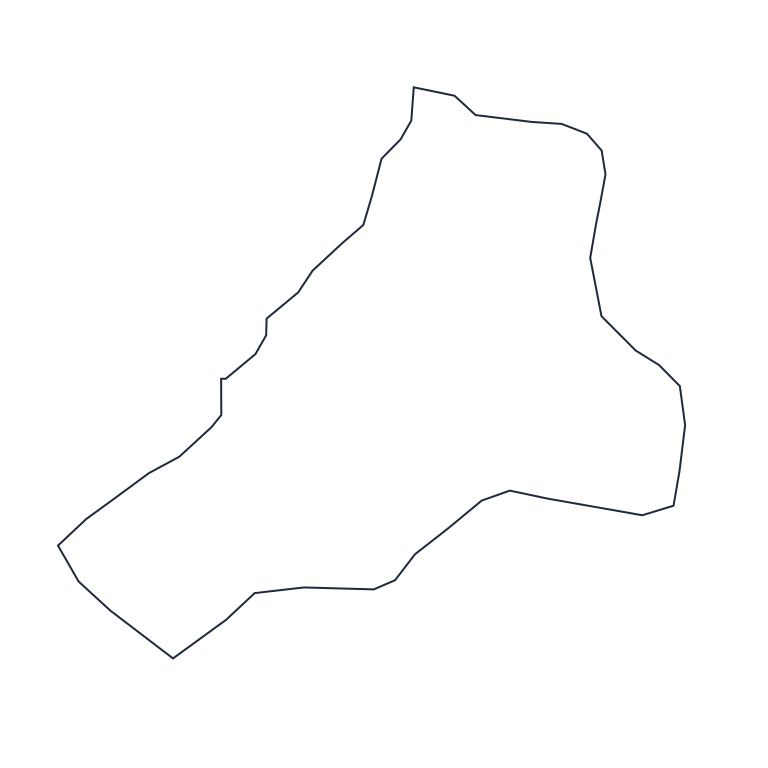 Siheung-si, Gyeonggi, South Korea, rotated 7°
{"feature_id": "91817680B37911583032119", "entity_name": "Siheung-si", "entity_type": "district", "adm_level": 2, "iso_a3": "KOR", "parent_name": "South Korea", "parent_adm1": "Gyeonggi", "projection": "mercator", "projection_center": [126.793, 37.381], "detail": "fine", "context": "isolated", "style": "outline", "palette": "slate", "viewbox_px": 768, "rotation_deg": 7, "n_neighbors": 0, "source": "geoboundaries", "source_scale": "gbopen_adm2", "svg_char_len": 845}
<svg xmlns="http://www.w3.org/2000/svg" viewBox="0 0 768 768"><g transform="rotate(7 384 384)"><path d="M221.7,398.6L226.3,434.6L218.0,447.9L189.7,481.1L161.5,501.1L130.0,530.9L105.0,554.2L80.1,584.1L105.0,617.3L139.9,642.2L208.0,682.1L256.1,637.2L281.1,607.3L329.2,595.7L398.9,589.1L418.9,577.4L435.5,549.2L465.4,519.3L495.2,487.8L521.8,474.5L560.0,477.8L656.3,482.8L686.2,469.5L687.7,438.9L687.9,434.6L687.9,388.2L677.9,350.0L676.2,348.7L654.7,331.7L629.7,320.1L591.6,290.2L573.3,233.7L575.0,198.9L576.6,177.3L578.3,149.0L571.6,125.8L555.0,110.9L544.9,108.3L528.5,104.2L498.6,105.9L463.7,105.9L442.1,105.9L418.9,89.3L377.4,85.9L379.0,119.2L370.7,139.1L354.1,160.7L349.1,198.9L344.1,228.7L325.9,248.7L299.3,280.2L287.7,303.5L259.5,333.4L261.1,350.0L252.8,369.9L226.3,398.1L221.7,398.6Z" fill="none" stroke="#1e293b" stroke-width="2"/></g></svg>